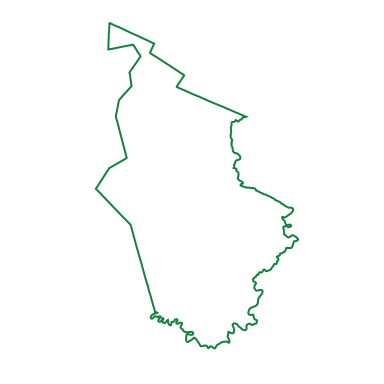 Cobán, Alta Verapaz, Guatemala, rotated 191°
{"feature_id": "79465075B25337893511969", "entity_name": "Cobán", "entity_type": "district", "adm_level": 2, "iso_a3": "GTM", "parent_name": "Guatemala", "parent_adm1": "Alta Verapaz", "projection": "mercator", "projection_center": [-90.634, 15.685], "detail": "fine", "context": "isolated", "style": "outline", "palette": "green", "viewbox_px": 384, "rotation_deg": 191, "n_neighbors": 0, "source": "geoboundaries", "source_scale": "gbopen_adm2", "svg_char_len": 5888}
<svg xmlns="http://www.w3.org/2000/svg" viewBox="0 0 384 384"><g transform="rotate(191 192 192)"><path d="M153.3,276.2L153.8,276.2L163.0,278.3L165.0,278.6L171.7,280.2L173.1,280.4L177.3,281.4L190.6,284.0L202.1,286.7L209.4,288.1L216.8,289.9L226.6,292.0L227.0,292.2L227.0,292.7L225.1,297.5L222.3,304.0L222.0,304.8L222.3,305.3L251.9,317.4L259.1,320.1L259.8,320.7L257.4,330.4L275.9,335.1L281.0,336.2L294.5,339.7L300.5,340.9L303.6,341.8L304.1,342.1L304.9,342.1L305.2,341.9L304.0,333.7L303.9,330.9L303.5,329.7L302.4,322.0L301.3,316.0L296.7,317.7L287.2,321.7L277.9,325.3L275.4,322.9L271.9,318.9L269.2,316.4L268.4,315.3L271.5,307.9L275.9,298.3L276.2,297.1L275.5,296.2L272.6,287.1L272.0,285.8L271.6,284.3L278.6,272.8L281.2,268.2L281.2,251.4L278.0,245.1L262.6,213.0L262.7,212.7L276.7,200.6L277.9,199.4L287.0,176.7L283.0,174.1L254.5,153.9L252.2,152.4L246.9,148.7L245.8,147.7L237.1,130.0L228.0,112.2L221.4,98.7L217.2,90.9L215.4,86.8L213.4,83.2L209.1,74.6L205.1,66.8L203.8,67.1L202.9,66.9L203.0,66.7L203.6,66.2L204.4,66.0L206.0,65.4L207.9,63.4L208.5,62.4L208.6,61.9L208.6,60.9L208.3,60.4L207.5,59.9L206.7,60.2L206.0,61.0L205.2,62.5L204.6,63.1L201.8,62.7L200.1,63.8L199.1,63.9L199.0,63.7L199.0,63.0L200.1,61.6L200.5,60.5L200.5,58.9L200.2,58.6L199.5,58.3L198.9,58.4L197.9,59.0L197.5,59.9L196.9,62.2L196.6,62.6L196.3,62.7L196.0,62.5L195.8,61.9L196.4,60.1L196.4,59.4L196.0,58.7L195.5,58.3L194.7,58.1L193.9,58.1L193.5,58.2L192.1,60.9L191.2,61.8L190.8,60.9L190.6,59.6L190.3,58.7L189.2,57.5L188.5,57.1L187.9,57.1L187.4,57.3L187.2,57.6L187.2,60.6L185.9,60.8L185.2,61.2L184.9,61.8L184.5,63.1L184.2,63.6L183.2,64.1L182.3,64.1L181.8,63.7L181.7,63.3L182.4,61.7L182.6,60.9L182.3,60.3L181.7,59.9L181.2,59.8L180.6,60.0L179.2,61.5L178.7,61.7L177.2,61.5L176.7,61.2L176.7,59.7L177.4,58.7L177.5,58.3L177.4,56.8L176.7,56.1L175.1,55.5L173.8,53.9L172.5,53.4L170.8,53.2L165.7,54.6L164.9,54.6L164.1,54.1L163.9,53.7L163.8,53.0L164.1,52.2L164.6,51.8L165.9,51.5L168.7,51.7L169.9,51.1L170.1,49.9L169.7,46.2L169.3,44.9L168.5,44.1L167.6,44.0L167.0,44.1L166.7,44.6L164.3,46.7L163.6,47.5L162.5,49.2L162.0,49.4L161.1,49.2L159.5,48.0L155.8,44.3L154.5,42.7L154.1,42.4L152.9,42.5L150.1,43.8L148.7,43.9L147.3,43.3L146.9,42.1L146.3,41.9L145.9,42.0L145.3,42.6L144.6,43.8L144.3,44.2L143.3,44.1L140.7,42.8L139.8,42.9L139.3,43.5L138.7,45.4L138.3,46.4L137.1,47.6L135.3,48.9L134.6,50.0L134.3,50.2L131.4,51.3L129.8,51.8L128.7,51.7L127.4,51.0L126.8,51.3L126.7,52.6L127.3,53.9L129.4,56.6L129.5,57.5L129.3,58.6L129.6,61.6L129.4,61.8L127.7,61.0L126.7,60.9L124.7,61.2L124.3,61.6L124.3,64.3L124.7,66.1L126.8,68.8L126.7,69.8L126.1,70.8L124.6,71.3L122.9,70.9L121.9,70.4L120.8,69.0L118.5,68.1L116.9,66.9L115.0,66.4L113.9,66.4L113.0,66.8L112.5,67.4L112.4,68.6L113.0,70.5L113.0,71.2L112.8,71.9L111.4,73.5L109.2,73.6L108.5,73.0L107.6,72.9L106.8,73.3L105.3,74.6L104.1,75.0L103.7,75.5L103.6,76.4L103.7,78.3L106.0,79.0L106.5,79.3L107.5,80.9L108.4,83.2L108.8,83.3L110.8,82.5L112.2,82.5L112.9,82.8L113.4,83.3L113.7,84.6L113.4,87.6L112.4,89.4L108.0,92.1L107.0,93.2L106.2,94.9L106.5,98.4L106.4,100.7L105.4,102.4L103.8,105.8L103.7,107.0L103.9,108.5L104.4,108.9L105.5,109.0L106.5,108.8L109.1,107.6L110.0,107.5L110.8,107.8L112.0,109.0L112.6,109.8L112.6,112.9L111.9,113.7L111.7,114.5L111.8,114.8L113.0,115.7L113.4,115.8L114.2,115.8L114.7,116.1L115.2,116.8L115.4,117.3L115.4,118.1L115.3,118.5L114.6,119.5L113.0,121.3L112.6,122.9L112.2,123.3L111.1,123.5L111.0,124.8L110.6,126.0L110.1,126.2L108.9,126.1L108.3,126.4L107.6,127.2L107.2,128.8L106.7,129.5L106.1,129.7L105.8,129.6L104.7,128.6L103.3,128.5L100.8,130.3L99.8,131.2L99.2,133.0L98.2,134.6L97.8,136.4L97.6,136.8L97.0,137.2L96.1,137.2L95.5,137.7L95.3,138.3L95.3,140.0L94.4,141.5L94.3,142.6L94.7,143.1L96.3,144.1L96.4,144.4L96.1,144.9L95.3,145.6L94.5,145.9L93.8,146.6L93.7,148.5L93.4,148.7L92.1,148.9L91.5,149.3L91.0,149.8L90.7,150.6L89.3,151.3L89.0,154.3L88.7,155.0L87.8,155.3L84.8,155.6L83.6,156.4L83.1,157.6L82.5,162.8L82.4,163.0L80.2,163.9L79.0,165.0L78.8,165.5L78.9,166.0L80.8,167.5L83.9,168.7L85.4,168.7L86.0,168.2L87.7,166.3L88.2,165.9L88.9,165.8L90.0,166.0L92.0,167.5L93.2,167.7L93.6,168.3L93.9,170.1L95.6,174.6L95.7,175.2L95.5,175.5L94.2,175.8L93.2,176.6L92.4,176.8L92.0,176.7L91.1,176.0L90.2,175.9L89.1,176.5L88.5,177.1L88.2,177.6L88.3,178.1L89.6,178.8L92.3,177.6L92.9,177.6L93.7,177.9L95.5,181.1L97.4,182.4L98.6,183.8L98.7,184.6L98.6,184.8L98.1,184.9L97.2,184.6L95.7,184.8L91.7,189.0L90.9,189.6L89.4,192.4L89.4,194.5L89.8,194.9L91.0,195.4L92.3,195.5L94.1,195.0L95.5,195.5L97.4,195.9L100.7,197.4L102.3,197.9L103.5,198.7L105.2,199.3L108.9,200.1L110.5,201.2L112.2,201.5L113.9,202.2L116.7,202.8L118.6,203.4L119.2,203.5L120.7,203.4L121.4,203.5L122.7,204.2L124.2,204.3L124.8,204.6L126.2,204.9L128.3,205.7L129.1,205.6L129.5,205.7L129.7,206.4L130.1,206.9L130.9,207.4L132.2,207.4L133.0,207.7L133.8,207.3L134.5,207.1L136.4,207.2L140.5,206.7L142.1,207.1L145.0,207.4L145.6,207.7L145.7,208.5L145.6,208.9L143.9,209.9L143.7,210.0L143.7,210.7L144.6,211.5L146.0,212.1L147.2,212.2L148.3,212.8L149.6,213.8L149.7,214.4L149.5,215.9L149.6,218.0L150.1,219.8L152.3,221.1L152.7,221.8L152.6,222.8L152.9,223.2L153.9,223.4L155.8,223.5L155.4,225.2L155.5,225.9L155.9,226.5L155.9,227.0L155.3,227.8L155.3,229.6L155.0,230.7L154.4,231.6L152.4,232.5L151.3,233.2L151.1,234.0L151.1,235.3L152.0,236.6L153.3,237.4L154.2,238.2L155.0,238.5L157.7,238.5L158.7,239.0L159.5,239.9L160.0,240.9L160.6,243.1L161.7,244.5L162.0,245.7L162.5,246.5L162.6,246.8L162.3,247.4L162.3,247.8L162.8,248.8L162.7,249.4L162.4,250.0L162.6,251.0L162.9,251.4L163.6,251.8L163.9,252.2L164.7,253.9L165.0,256.2L165.0,258.8L166.2,262.6L166.1,264.1L165.8,265.3L166.3,266.6L166.3,267.6L166.0,268.3L163.6,269.1L163.3,269.4L163.1,270.5L162.9,270.8L162.7,270.9L162.1,270.8L160.4,269.9L160.0,270.0L159.7,270.2L159.2,271.3L158.9,271.7L158.3,272.2L157.7,272.3L157.4,272.6L156.6,274.2L156.2,274.8L155.3,275.4L153.9,275.7L153.3,276.2Z" fill="none" stroke="#15803d" stroke-width="2"/></g></svg>